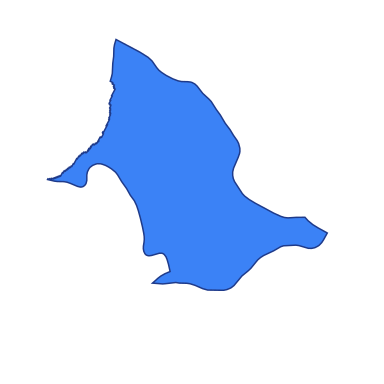 outline of Fundación, Barahona, Dominican Republic, rotated 208°
{"feature_id": "3306468B48518895695140", "entity_name": "Fundación", "entity_type": "district", "adm_level": 2, "iso_a3": "DOM", "parent_name": "Dominican Republic", "parent_adm1": "Barahona", "projection": "robinson", "projection_center": [-71.129, 18.263], "detail": "fine", "context": "isolated", "style": "filled", "palette": "blue", "viewbox_px": 384, "rotation_deg": 208, "n_neighbors": 0, "source": "geoboundaries", "source_scale": "gbopen_adm2", "svg_char_len": 3553}
<svg xmlns="http://www.w3.org/2000/svg" viewBox="0 0 384 384"><g transform="rotate(208 192 192)"><path d="M80.4,222.7L88.3,218.4L95.1,214.2L98.4,212.9L102.1,212.2L109.8,211.7L130.7,211.8L138.1,212.2L143.6,213.1L146.8,214.2L159.4,221.2L161.9,223.3L163.9,225.8L165.5,228.8L166.5,232.6L167.5,244.4L168.1,248.3L168.7,250.2L170.3,253.1L173.6,256.7L176.3,258.6L182.0,261.5L187.5,264.8L195.0,268.3L203.2,273.3L209.2,276.2L217.5,280.9L220.7,282.0L228.8,284.1L237.2,287.9L240.2,288.7L243.4,288.7L244.9,288.4L247.7,287.3L253.1,284.6L256.5,283.6L262.0,282.9L269.5,282.8L275.0,283.3L278.5,284.0L281.7,285.3L288.7,288.9L294.0,290.3L303.5,291.0L330.7,291.0L329.6,285.7L328.5,282.4L324.8,274.9L322.3,268.3L318.0,259.2L317.1,255.8L316.2,251.4L313.5,251.4L313.5,250.6L312.8,250.6L312.8,249.9L310.8,249.9L310.8,248.3L310.1,248.3L310.1,247.6L309.5,247.6L309.5,246.8L308.2,246.8L308.2,239.2L307.5,239.2L307.5,234.6L306.8,234.6L306.8,231.5L306.2,231.5L306.2,230.8L304.8,230.8L304.8,230.0L304.2,230.0L304.2,227.7L303.5,227.7L303.5,226.9L302.8,226.9L302.8,225.4L302.2,225.4L302.2,223.9L301.5,223.9L301.5,223.1L300.8,223.1L300.8,221.6L300.2,221.6L300.2,218.5L299.5,218.5L299.5,217.0L298.9,217.0L298.9,211.7L298.2,211.7L298.2,210.9L298.9,210.9L298.9,210.1L298.2,210.1L298.2,203.3L298.9,203.3L298.9,202.5L298.2,202.5L298.2,201.7L297.5,201.7L297.5,197.9L298.2,197.9L298.2,197.1L298.9,197.1L298.9,193.3L298.2,193.3L298.2,192.6L298.9,192.6L298.9,190.3L299.5,190.3L299.5,189.5L300.2,189.5L300.2,188.0L301.5,188.0L301.5,187.2L302.2,187.2L302.2,184.9L302.8,184.9L302.8,183.4L302.2,183.4L302.2,182.6L302.8,182.6L302.8,181.9L303.5,181.9L303.5,180.3L302.8,180.3L302.8,179.6L303.5,179.6L303.5,177.3L304.8,177.3L304.8,176.5L306.2,176.5L306.2,175.0L306.8,175.0L306.8,174.2L307.5,174.2L307.5,171.9L308.1,171.9L308.1,170.4L308.8,170.4L308.8,167.4L309.5,167.4L309.5,161.2L310.1,161.2L310.1,158.2L310.8,158.2L310.8,156.7L311.5,156.7L311.5,155.9L312.1,155.9L312.1,154.4L312.8,154.4L312.8,152.8L313.5,152.8L313.5,151.3L314.1,151.3L314.1,150.5L314.8,150.5L314.8,148.3L315.5,148.3L315.5,144.4L316.1,144.4L316.1,143.7L316.8,143.7L316.8,142.9L317.5,142.9L317.5,142.1L318.1,142.1L318.1,141.4L318.8,141.4L318.8,140.6L319.4,140.6L319.4,139.9L320.1,139.9L320.1,139.1L320.8,139.1L320.8,138.3L322.1,138.3L322.1,137.6L322.8,137.6L322.8,136.8L324.1,136.8L324.1,136.0L325.4,136.0L325.4,135.2L318.6,137.0L315.7,138.1L310.0,141.0L306.9,142.0L303.6,142.5L295.8,143.2L293.0,143.9L291.8,144.6L290.7,145.7L290.0,147.1L289.6,148.5L289.6,150.0L290.3,152.8L292.9,157.7L293.8,160.7L293.9,164.2L293.6,165.9L292.2,168.9L290.1,171.4L288.9,172.5L285.9,174.0L284.2,174.4L280.8,174.9L277.4,174.9L273.9,174.6L268.8,173.6L265.7,172.2L258.9,168.1L251.5,164.4L244.8,160.1L238.8,157.2L234.5,154.0L230.5,150.2L225.4,144.8L219.4,138.0L215.3,133.0L213.4,130.4L211.9,127.8L210.8,125.2L209.5,121.4L208.3,119.0L206.7,117.0L204.7,115.5L203.6,115.0L202.4,114.9L201.1,115.1L200.0,115.5L197.9,117.0L192.1,122.6L189.9,123.8L188.6,124.0L187.2,123.8L184.6,122.6L182.3,120.7L178.8,117.1L174.0,111.5L177.5,107.2L180.1,103.1L181.6,99.8L184.1,93.0L174.7,97.1L172.1,98.8L163.8,104.5L160.5,105.6L153.7,109.0L150.6,110.1L145.6,111.0L137.1,111.7L132.1,112.8L119.4,119.3L117.9,120.1L115.4,122.2L113.3,124.7L112.4,126.0L111.0,129.2L108.5,141.3L105.3,149.0L104.2,152.3L102.1,162.9L100.7,166.4L98.9,169.6L92.3,178.4L88.0,185.3L85.9,187.5L75.4,193.8L72.4,194.9L62.8,196.9L59.9,198.4L57.4,200.5L55.5,203.2L54.7,204.7L53.7,208.2L53.4,211.8L53.3,219.3L63.8,219.5L70.0,219.9L76.0,221.1L80.4,222.7Z" fill="#3b82f6" stroke="#1e3a8a" stroke-width="1.5"/></g></svg>